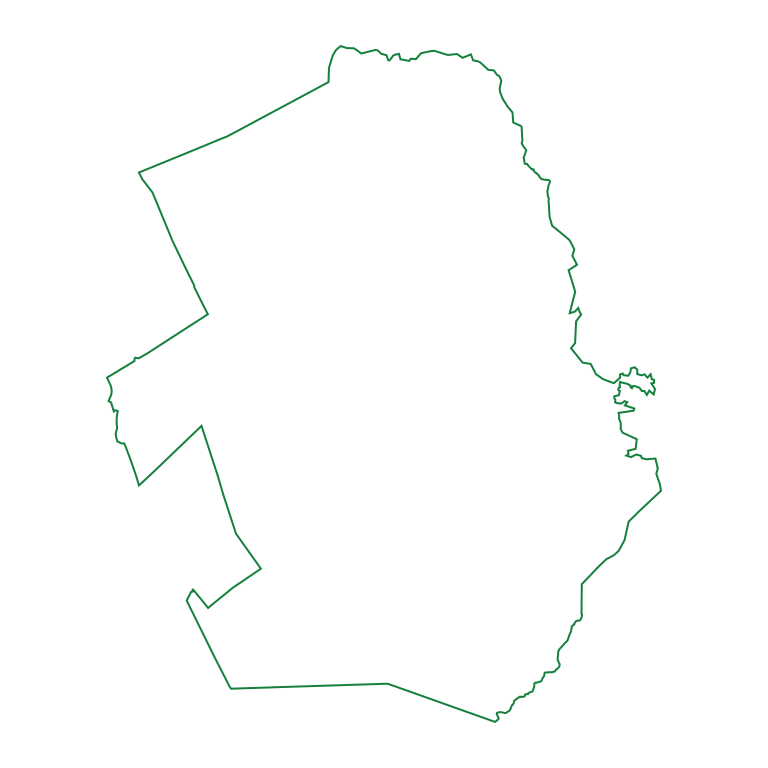 outline of Higueras, Nuevo León, Mexico
{"feature_id": "50627088B36696430432628", "entity_name": "Higueras", "entity_type": "district", "adm_level": 2, "iso_a3": "MEX", "parent_name": "Mexico", "parent_adm1": "Nuevo León", "projection": "mercator", "projection_center": [-99.96, 26.036], "detail": "fine", "context": "isolated", "style": "outline", "palette": "green", "viewbox_px": 768, "rotation_deg": 0, "n_neighbors": 0, "source": "geoboundaries", "source_scale": "gbopen_adm2", "svg_char_len": 6000}
<svg xmlns="http://www.w3.org/2000/svg" viewBox="0 0 768 768"><path d="M107.0,377.6L109.5,383.1L110.7,385.5L111.2,387.4L111.6,390.2L111.6,392.2L111.5,392.9L111.3,394.3L111.1,395.1L110.6,396.3L109.9,397.8L108.6,401.1L110.0,401.9L111.0,402.4L111.1,402.6L113.8,411.3L114.4,410.6L114.6,410.2L115.5,410.4L117.0,410.9L117.8,411.1L117.1,414.6L116.7,417.9L116.6,422.0L116.7,424.4L117.2,428.1L115.6,433.8L116.6,438.9L117.1,440.4L117.3,441.5L119.8,442.6L121.0,443.2L121.6,443.4L122.2,443.4L124.3,443.4L126.1,447.9L128.2,453.5L129.9,457.9L131.3,461.9L136.1,475.8L139.0,485.4L151.0,474.3L201.5,425.9L217.6,475.3L223.5,495.3L236.0,533.7L260.9,568.7L232.6,587.9L224.7,594.4L211.0,605.5L208.1,608.0L204.6,603.6L194.5,591.2L192.3,588.9L193.2,591.4L193.0,591.5L192.1,591.8L191.5,591.8L191.1,591.8L190.5,593.1L186.7,600.6L214.9,657.8L229.5,686.4L231.0,688.7L283.3,687.0L381.4,683.9L387.3,683.7L395.2,686.4L495.0,721.9L497.1,720.3L498.4,719.3L498.6,718.6L498.5,717.8L497.3,715.3L496.9,714.2L496.7,713.4L496.9,713.0L497.4,712.7L497.8,712.5L500.5,712.1L501.4,712.2L504.1,712.9L504.9,713.1L505.6,713.0L507.2,712.2L507.6,711.8L508.3,711.4L509.2,710.8L509.8,710.2L510.2,709.4L510.8,708.2L511.4,706.6L511.9,705.4L512.2,705.0L512.6,704.7L513.1,704.2L513.7,703.3L514.0,701.4L514.1,700.9L514.3,700.6L516.8,698.9L517.1,698.6L517.4,698.3L517.8,698.0L518.2,697.7L518.7,697.5L519.1,697.3L519.3,697.2L519.5,696.9L519.8,696.7L520.1,696.6L520.3,696.6L520.5,696.6L521.1,697.0L521.3,697.0L523.2,696.7L523.9,696.6L524.3,696.6L524.5,696.5L524.7,696.2L524.8,695.9L524.9,695.7L524.9,695.1L525.0,694.8L525.3,694.5L526.1,694.1L527.3,694.1L527.5,694.2L527.9,694.2L528.1,694.1L528.3,693.8L528.3,693.3L528.6,693.1L530.3,692.1L530.7,691.9L531.0,691.9L531.9,691.8L532.3,691.6L532.5,691.4L532.7,691.2L533.4,688.9L534.1,687.3L534.3,685.7L534.3,683.9L534.5,683.4L534.7,683.1L535.1,682.9L535.7,682.7L536.6,682.7L537.2,682.6L537.8,682.4L538.6,682.0L538.8,681.8L540.0,681.8L540.3,681.8L540.8,681.4L541.1,681.1L541.4,680.7L541.7,680.3L542.0,679.7L542.6,678.1L542.7,677.8L543.5,677.0L543.8,676.7L544.1,676.0L544.2,675.4L544.3,674.3L544.4,673.8L544.6,673.2L544.7,672.8L544.9,672.6L545.1,672.5L545.3,672.5L546.2,672.5L548.1,672.4L548.9,672.3L549.3,672.2L549.8,672.1L550.1,672.1L551.4,672.3L552.1,672.4L552.3,672.3L552.6,672.0L552.8,671.9L553.2,671.8L553.8,671.7L554.5,671.7L555.0,671.3L555.9,669.9L555.9,669.7L556.0,669.6L556.4,669.3L556.5,669.2L556.8,669.2L558.8,667.3L559.1,666.8L559.3,666.5L559.4,666.1L559.4,665.8L559.5,665.5L559.6,665.0L559.7,664.7L559.7,664.4L559.6,664.0L558.7,662.4L558.3,661.3L558.2,661.1L558.2,660.6L557.9,660.1L557.8,659.9L557.7,659.5L557.7,659.1L557.7,658.1L557.9,656.3L558.1,655.4L558.1,654.6L558.1,654.1L558.1,653.7L558.2,653.3L558.3,652.4L558.2,651.8L558.3,651.2L558.6,650.8L559.0,650.2L559.2,649.8L559.2,649.6L559.4,649.3L559.7,648.9L561.2,647.3L561.8,646.6L563.0,645.4L563.5,644.7L563.8,644.3L564.0,644.0L565.0,643.0L566.1,642.1L567.0,641.2L567.2,640.9L567.7,640.0L568.9,636.5L569.3,635.5L570.0,633.5L570.8,631.9L571.1,631.3L571.4,628.8L571.7,627.7L571.8,626.4L572.4,625.7L572.7,625.6L572.9,625.5L573.2,625.4L573.5,625.1L573.6,624.8L574.4,624.0L574.3,623.9L574.3,623.4L575.7,621.6L576.0,621.3L576.3,621.0L576.5,620.9L576.9,620.8L578.1,620.7L578.7,620.7L579.3,620.5L580.2,620.1L580.8,619.2L581.3,618.0L581.7,616.9L582.0,615.2L582.0,614.6L581.5,613.9L581.8,584.2L597.6,567.6L606.3,559.2L612.2,556.2L615.1,554.2L618.6,550.9L624.5,540.2L628.7,521.6L639.2,511.2L661.0,490.7L659.8,484.0L656.3,473.7L657.8,468.6L655.4,458.5L646.6,459.3L641.8,458.2L640.9,455.8L636.3,454.5L631.0,457.1L626.3,455.6L628.5,453.9L627.9,450.8L635.6,448.8L636.8,439.2L622.6,432.7L620.6,428.8L620.8,427.2L620.8,423.2L620.1,421.0L618.9,418.3L619.3,416.5L618.6,412.9L633.6,410.7L634.3,408.5L624.9,405.4L627.2,402.1L624.6,401.2L621.3,403.6L617.3,403.2L615.1,402.3L615.4,399.9L614.4,398.4L614.4,396.2L618.9,395.3L619.8,391.0L618.6,390.4L618.1,389.3L618.9,387.7L620.0,387.3L619.6,384.9L620.2,381.8L621.9,382.6L626.9,383.7L630.5,385.5L630.6,387.2L631.9,388.2L632.6,386.2L635.0,386.1L639.4,387.7L641.8,391.0L644.3,391.0L646.9,394.9L649.2,390.7L653.7,394.4L655.0,389.0L651.4,383.4L654.1,382.8L654.1,379.9L652.5,379.5L651.8,379.1L651.6,378.1L650.6,374.2L647.5,377.6L645.5,375.6L644.8,374.3L641.6,375.3L637.3,374.1L637.3,369.6L634.6,367.3L630.9,368.4L630.3,372.5L628.3,375.7L623.6,375.2L622.6,373.5L620.0,374.5L620.2,377.5L613.9,383.2L603.1,379.2L596.0,374.2L590.7,363.9L582.7,362.7L571.0,348.2L575.1,343.1L576.1,321.3L581.1,314.6L579.0,310.4L578.3,308.0L577.1,309.2L575.0,311.5L572.8,312.3L569.7,313.2L575.2,291.7L568.6,270.2L577.0,264.7L572.4,255.9L574.3,249.3L570.0,240.9L568.8,239.4L552.2,225.8L549.6,216.9L548.6,200.7L548.8,197.9L548.0,196.7L547.3,190.8L548.1,188.8L548.2,186.4L549.8,182.3L549.9,181.0L549.1,180.2L544.4,179.6L541.5,179.1L539.1,176.4L539.0,175.4L537.5,174.3L536.5,173.1L535.7,172.9L533.8,170.9L533.7,169.5L532.6,169.1L532.0,169.5L527.9,165.2L527.2,163.9L524.8,163.8L523.7,157.7L526.3,150.3L522.7,145.3L521.7,143.3L522.4,140.4L521.6,127.3L521.4,126.6L521.0,126.0L513.2,122.5L512.5,112.4L508.2,107.4L502.7,98.9L500.0,91.8L499.7,88.3L501.3,80.7L500.5,78.7L499.4,76.2L496.9,74.8L493.9,70.4L488.3,69.9L480.4,62.5L477.6,61.2L473.1,60.3L470.9,54.4L462.6,57.8L457.0,54.0L447.9,55.0L434.2,50.8L430.4,51.2L421.1,53.2L415.8,59.2L410.9,58.7L409.2,60.9L400.5,59.3L398.9,53.8L393.8,55.1L392.9,56.0L391.9,57.4L389.8,60.2L389.5,60.4L389.0,60.4L388.3,60.3L386.4,55.2L381.3,53.8L378.0,50.6L375.6,49.9L361.4,53.5L354.1,48.3L347.0,48.1L340.6,46.1L336.0,50.0L332.7,55.5L329.0,67.8L328.5,82.1L231.0,134.4L230.7,134.5L226.8,136.6L221.0,138.8L207.9,144.3L194.5,149.8L138.9,172.5L142.1,178.9L149.1,188.1L152.5,192.5L172.8,241.6L188.3,273.7L194.3,285.6L194.2,287.1L203.7,306.2L206.8,312.2L207.9,314.2L146.8,353.7L139.8,357.7L138.7,358.3L137.2,358.0L136.4,358.1L135.8,357.8L135.6,357.7L135.3,357.7L134.7,358.4L134.6,358.7L134.6,359.7L134.5,360.2L134.3,360.6L134.4,361.0L125.8,366.3L121.0,369.1L115.9,372.3L107.0,377.6Z" fill="none" stroke="#15803d" stroke-width="2"/></svg>